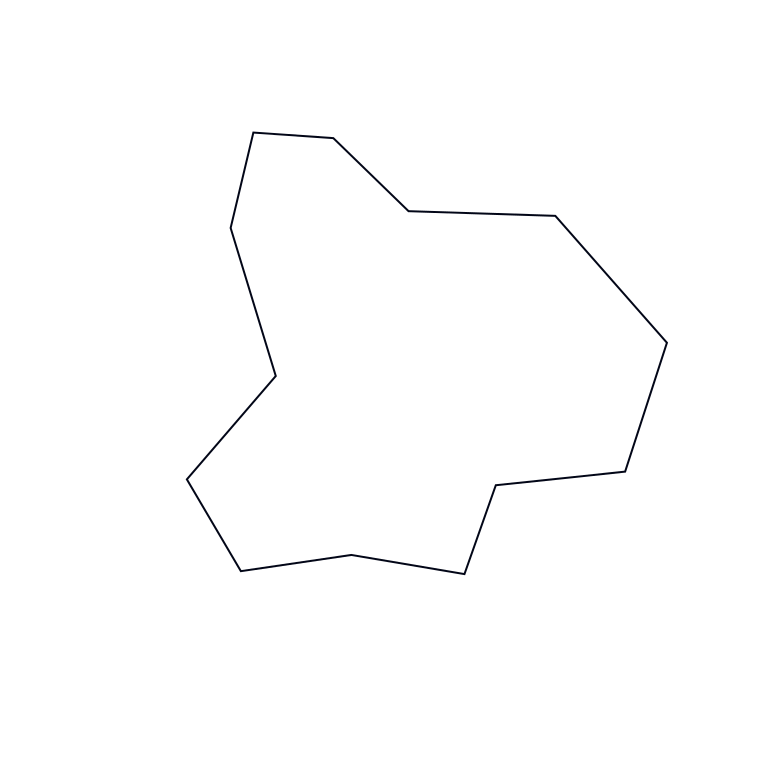 the border of Jelgava, rotated 34°
{"feature_id": "LVA-4849", "entity_name": "Jelgava", "entity_type": "Republican City", "adm_level": 1, "iso_a3": "LVA", "parent_name": "Latvia", "parent_adm1": "", "projection": "orthographic", "projection_center": [23.715, 56.641], "detail": "fine", "context": "isolated", "style": "outline", "palette": "ink", "viewbox_px": 768, "rotation_deg": 34, "n_neighbors": 0, "source": "natural_earth", "source_scale": "10m", "svg_char_len": 345}
<svg xmlns="http://www.w3.org/2000/svg" viewBox="0 0 768 768"><g transform="rotate(34 384 384)"><path d="M307.7,227.0L432.0,148.8L595.5,191.6L632.9,321.8L591.3,356.8L533.3,405.4L557.0,496.6L452.5,544.0L370.0,619.2L273.9,573.3L289.8,437.9L169.6,340.4L135.1,248.6L204.5,208.5L307.7,227.0Z" fill="none" stroke="#020617" stroke-width="2"/></g></svg>